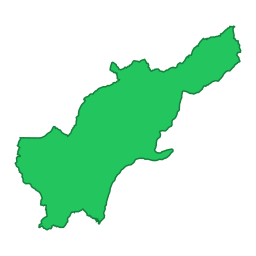 the district of Tachileik, Shan, Myanmar
{"feature_id": "60261553B30441775870549", "entity_name": "Tachileik", "entity_type": "district", "adm_level": 2, "iso_a3": "MMR", "parent_name": "Myanmar", "parent_adm1": "Shan", "projection": "mercator", "projection_center": [100.149, 21.048], "detail": "fine", "context": "isolated", "style": "filled", "palette": "green", "viewbox_px": 256, "rotation_deg": 0, "n_neighbors": 0, "source": "geoboundaries", "source_scale": "gbopen_adm2", "svg_char_len": 5705}
<svg xmlns="http://www.w3.org/2000/svg" viewBox="0 0 256 256"><path d="M20.2,137.8L20.4,138.7L20.2,139.7L19.1,141.2L18.4,143.1L18.5,143.7L18.2,144.8L17.4,145.4L17.5,145.7L19.8,147.7L19.0,148.7L18.6,149.5L18.7,150.2L18.3,150.4L18.1,151.1L17.8,152.0L18.1,152.7L17.5,153.8L17.5,154.5L19.1,154.9L19.6,155.5L20.2,155.7L20.3,156.0L20.0,156.4L17.5,156.6L16.5,158.0L16.9,161.5L16.7,162.2L15.4,163.0L15.4,163.7L16.0,164.4L16.3,165.7L16.8,166.5L18.5,167.6L18.9,168.4L18.9,170.0L19.7,171.3L19.5,172.0L20.7,172.7L21.6,173.7L22.3,174.1L22.3,175.6L22.0,176.5L22.3,177.4L22.9,178.0L23.2,181.6L23.7,182.3L25.8,183.7L29.0,183.5L30.8,184.4L31.5,186.5L32.3,187.3L35.2,189.0L35.9,190.0L38.6,191.6L39.7,192.6L40.7,194.1L42.3,198.4L41.1,200.2L40.9,201.6L41.0,202.4L40.6,204.3L41.0,205.1L42.4,205.0L43.5,205.7L45.0,204.9L46.2,205.4L45.9,208.5L46.3,209.3L45.6,209.4L45.6,209.7L46.2,210.5L46.5,211.8L46.4,213.1L47.0,214.6L47.0,216.4L44.7,217.5L43.2,218.6L41.5,220.4L41.2,221.3L41.6,223.6L40.0,224.3L39.2,225.0L39.0,227.3L39.8,227.5L40.8,226.4L42.3,226.1L43.9,228.3L45.0,228.4L46.1,229.4L47.1,229.8L49.3,228.5L50.9,228.7L51.9,227.3L51.7,226.7L51.9,226.2L53.5,225.1L54.6,225.9L55.2,225.7L56.6,226.7L57.8,226.3L59.7,227.4L63.5,227.3L65.5,225.0L66.8,222.5L67.6,222.0L67.8,220.6L67.5,219.9L67.7,218.2L68.1,217.5L68.9,217.0L69.7,216.1L71.4,212.4L74.4,211.9L74.6,212.3L75.0,211.6L78.3,211.7L81.6,210.1L82.5,209.2L83.1,209.2L83.9,210.4L85.3,211.5L87.1,213.8L87.0,214.9L87.3,215.3L88.8,215.9L89.4,215.4L89.8,216.1L90.6,216.1L90.8,217.0L91.5,217.2L92.5,218.2L93.2,218.5L93.6,218.5L93.8,218.0L94.1,218.1L94.4,218.6L95.1,218.8L95.6,219.6L95.6,218.6L95.9,218.4L96.5,219.2L96.5,219.9L96.8,220.0L97.6,219.3L97.6,219.8L96.9,220.5L97.3,221.0L97.0,221.5L97.9,221.3L98.3,220.6L98.6,220.7L98.3,221.4L99.5,222.5L98.7,222.7L98.5,223.4L99.0,223.9L99.5,223.7L99.9,222.1L104.2,217.7L104.5,215.5L103.7,213.9L103.8,212.6L105.2,209.0L104.9,206.3L106.0,205.5L106.4,204.2L106.4,202.2L108.7,194.4L109.7,192.0L110.3,188.2L112.0,183.7L112.9,182.1L114.4,180.7L115.0,179.7L115.3,177.9L117.6,174.6L119.6,173.1L121.5,169.7L122.6,169.2L125.7,166.2L128.8,165.0L131.1,164.7L133.4,162.9L134.1,162.1L135.0,160.2L135.8,159.3L140.0,158.1L141.3,158.4L143.3,158.3L144.2,158.6L145.0,159.2L147.7,159.1L152.9,160.5L156.3,160.5L159.6,159.3L162.2,159.6L164.2,158.5L166.2,157.9L167.5,157.0L169.4,155.3L171.4,152.5L172.7,151.7L173.0,151.0L172.9,149.9L172.4,149.3L171.6,149.1L166.8,150.1L163.3,151.4L162.0,151.6L161.3,152.5L160.7,152.9L158.8,153.0L156.8,152.6L155.2,151.2L154.7,150.4L154.8,149.2L155.6,147.8L156.3,144.7L156.3,142.6L156.8,140.1L157.8,138.7L160.0,137.0L160.5,135.1L160.3,133.7L159.5,131.7L159.9,131.3L162.5,130.6L164.5,130.9L165.6,130.8L167.5,129.0L168.2,127.9L169.5,126.9L171.3,126.2L171.8,125.4L172.0,124.5L171.9,121.6L172.2,120.6L173.0,119.5L174.1,119.0L175.5,117.6L176.8,114.8L177.5,111.8L178.9,110.6L179.3,109.9L179.5,104.4L181.1,98.8L181.7,97.8L181.7,95.4L182.5,91.6L183.2,91.0L183.9,90.9L187.2,91.9L189.9,93.4L192.1,93.5L193.8,94.0L197.2,92.5L198.6,92.4L202.1,89.3L203.5,86.4L204.1,85.9L205.6,86.2L206.1,86.0L206.6,85.2L208.1,85.0L208.9,84.0L210.1,83.5L212.2,81.8L215.6,80.6L217.7,81.1L218.6,81.0L219.4,79.8L221.0,78.2L222.8,75.9L223.5,74.3L225.6,72.0L226.7,71.2L227.9,70.8L229.9,70.8L232.6,67.8L233.9,66.7L235.0,64.7L237.2,63.3L237.8,62.4L239.6,61.7L239.9,61.2L238.9,58.8L238.9,57.8L236.7,55.0L237.7,52.6L240.4,52.2L240.6,50.2L239.6,48.4L239.3,46.8L239.7,45.7L239.5,44.8L239.0,44.1L238.2,43.8L238.2,41.0L236.1,40.7L234.7,38.4L233.9,38.5L233.6,38.1L234.1,35.6L233.0,30.0L233.1,28.8L233.6,27.4L234.5,26.8L233.9,26.2L232.6,26.7L229.8,26.5L229.5,27.5L228.7,28.1L227.9,28.1L227.0,29.2L225.7,30.0L222.3,33.4L220.6,34.0L220.3,35.9L219.0,35.7L217.9,36.3L216.1,36.5L214.5,37.2L213.9,37.0L210.6,37.2L209.5,38.1L208.0,38.6L207.1,38.4L206.9,38.7L207.3,39.1L207.1,39.4L206.7,39.5L206.3,38.9L205.7,38.8L204.2,39.3L203.3,38.5L200.1,42.0L198.5,44.5L198.0,46.2L197.2,45.9L196.6,46.1L195.7,47.1L194.2,48.1L192.6,50.8L191.3,55.2L189.1,55.2L188.8,55.5L188.4,57.1L187.5,56.5L186.3,57.6L184.7,60.7L182.5,63.3L181.3,63.6L180.4,62.9L179.5,63.0L177.8,64.4L177.3,65.3L176.9,67.0L175.5,67.9L173.1,67.3L172.1,67.5L170.1,68.3L168.5,69.4L167.8,70.2L166.4,70.1L165.1,71.2L163.2,72.0L161.8,71.2L160.2,71.2L158.3,69.0L154.9,69.3L154.7,69.8L153.1,70.4L152.5,70.3L151.7,71.2L150.9,70.9L150.4,70.5L150.2,69.6L149.5,69.1L149.6,68.6L149.2,67.7L148.1,67.0L148.7,65.6L148.3,64.0L147.7,63.3L146.6,63.3L146.2,62.2L144.7,59.4L141.7,60.3L140.1,61.2L139.3,62.0L138.1,61.4L134.1,60.8L133.3,61.2L131.4,64.5L129.6,65.4L129.5,66.1L127.8,66.5L126.3,67.9L125.0,67.2L123.6,68.7L120.6,69.8L118.7,69.0L118.5,68.1L118.0,67.3L116.4,65.9L116.1,64.6L112.8,62.3L111.8,62.8L110.5,67.2L110.1,69.8L110.3,70.1L112.2,71.3L112.9,71.3L113.6,72.5L114.7,72.7L115.3,72.3L116.1,72.9L116.9,73.1L117.0,73.4L116.3,73.7L117.0,74.8L117.0,75.8L117.4,76.7L117.2,77.6L117.3,78.5L118.3,79.4L119.4,79.7L119.3,80.0L118.0,80.9L117.1,81.2L116.4,82.2L115.3,82.7L114.1,82.5L113.1,83.0L112.7,84.0L109.6,85.6L108.8,85.7L107.9,85.5L105.5,86.8L103.1,86.8L100.0,88.1L99.4,88.2L98.7,88.6L98.5,89.2L97.6,89.4L96.9,90.7L95.3,91.1L94.5,92.2L93.9,92.6L93.1,94.0L90.3,94.1L88.1,96.5L86.0,97.1L84.2,98.4L83.9,99.7L85.2,100.2L85.0,101.0L83.8,102.9L82.8,103.5L81.6,105.0L80.2,107.6L79.0,110.4L78.5,113.6L78.6,115.5L76.3,117.3L76.7,120.2L76.2,121.1L76.1,124.9L75.4,125.0L74.2,125.9L74.3,126.4L73.9,127.4L73.2,127.7L72.8,128.9L72.1,129.5L70.8,133.1L69.5,134.3L68.7,135.4L67.7,136.2L67.4,135.3L66.8,134.9L64.3,134.2L63.4,133.4L62.3,133.0L60.2,130.1L58.4,129.6L57.3,128.4L56.4,128.0L55.5,128.4L54.9,126.6L53.8,126.6L53.3,127.0L51.4,130.8L50.3,131.9L47.4,133.7L45.1,136.0L41.2,137.8L38.3,138.0L20.2,137.8Z" fill="#22c55e" stroke="#15803d" stroke-width="1.5"/></svg>